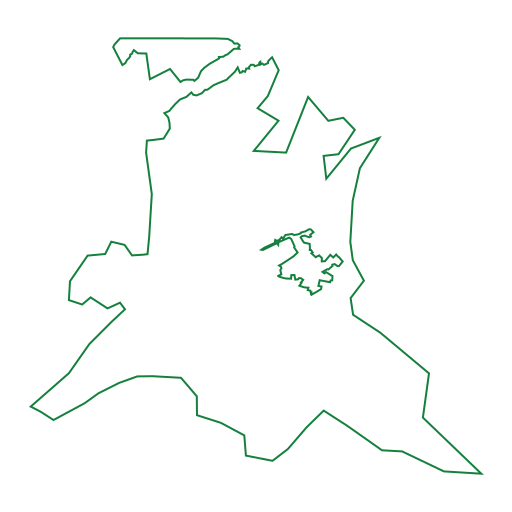 Urtachirchik, Tashkent, Uzbekistan
{"feature_id": "79887680B65075786438492", "entity_name": "Urtachirchik", "entity_type": "district", "adm_level": 2, "iso_a3": "UZB", "parent_name": "Uzbekistan", "parent_adm1": "Tashkent", "projection": "robinson", "projection_center": [69.308, 41.051], "detail": "fine", "context": "isolated", "style": "outline", "palette": "green", "viewbox_px": 512, "rotation_deg": 0, "n_neighbors": 0, "source": "geoboundaries", "source_scale": "gbopen_adm2", "svg_char_len": 3414}
<svg xmlns="http://www.w3.org/2000/svg" viewBox="0 0 512 512"><path d="M379.3,137.8L351.0,148.5L326.3,178.7L323.6,155.9L338.5,154.2L354.8,129.8L343.3,117.8L328.3,120.8L308.1,97.0L286.1,152.6L253.8,150.9L278.5,120.7L257.6,108.2L267.8,96.1L278.7,70.2L272.1,57.3L269.6,59.6L268.1,61.4L268.0,63.1L264.0,64.9L262.3,63.5L260.5,64.5L260.3,61.8L259.5,62.4L258.8,64.9L254.7,66.2L253.7,64.8L250.9,64.8L248.8,67.4L249.2,68.6L246.3,68.5L245.1,71.8L242.7,71.0L241.7,72.4L239.9,72.8L237.7,67.4L234.8,71.9L228.6,77.7L226.7,79.7L217.4,83.5L213.4,85.3L208.3,89.1L207.1,89.8L205.1,89.8L201.9,93.2L196.6,95.4L193.3,94.8L191.4,92.4L186.4,96.9L180.1,99.4L175.5,103.8L171.1,108.7L169.4,110.9L164.4,113.1L168.2,117.4L169.5,122.8L169.8,128.6L163.6,138.6L153.5,139.9L146.9,140.6L146.1,152.6L151.8,194.1L149.2,236.8L147.5,254.2L142.9,254.7L132.0,255.4L124.6,244.9L111.3,241.7L105.2,254.0L87.6,255.6L70.0,281.2L68.9,300.1L82.2,304.5L90.6,297.4L107.5,308.4L120.0,302.7L125.0,309.3L112.2,321.2L89.4,344.0L68.9,373.2L30.7,406.6L40.6,411.7L53.5,420.0L84.5,403.3L98.6,393.2L119.1,382.9L137.3,376.4L152.5,376.2L181.0,377.8L196.8,396.3L197.0,415.2L220.8,422.8L244.3,435.4L245.9,455.6L272.5,460.8L287.9,449.0L306.6,427.3L323.7,410.6L347.1,425.7L382.0,450.3L402.1,451.4L443.9,471.4L481.3,473.7L422.9,417.6L429.0,373.4L380.3,332.7L353.1,314.8L350.6,298.1L363.9,280.7L352.8,260.2L350.3,241.9L352.7,200.8L359.9,168.2L379.3,137.8ZM310.1,234.9L311.0,236.5L309.1,237.3L304.6,235.6L301.7,236.3L300.6,237.3L302.7,240.8L304.1,242.7L306.2,243.1L309.7,243.9L309.9,247.9L309.8,250.0L311.0,250.0L312.7,252.5L311.4,253.3L315.3,256.8L315.6,257.2L319.2,255.4L319.8,256.1L321.8,257.9L321.8,261.4L325.0,261.2L330.3,254.8L333.2,257.5L336.2,254.5L338.0,256.6L339.0,257.2L342.7,261.5L338.9,266.2L337.4,266.0L334.6,264.1L332.3,264.7L332.4,266.1L331.9,266.4L331.4,266.9L328.5,269.4L327.4,269.2L324.9,270.5L322.5,271.9L324.3,273.4L326.2,272.2L332.5,276.1L332.2,280.4L330.6,280.5L330.1,282.2L322.6,280.8L319.7,280.2L318.4,285.9L321.5,286.6L321.4,287.0L321.1,289.1L315.8,292.3L313.6,293.5L311.6,294.7L311.4,294.1L311.4,293.0L310.9,293.5L310.4,290.7L307.7,290.1L308.4,287.7L305.4,287.5L303.4,287.1L299.4,285.7L301.5,282.8L301.0,282.4L303.2,279.9L301.3,278.5L300.7,278.1L299.0,278.1L298.1,279.3L295.3,279.6L294.4,275.0L291.3,275.1L291.1,278.7L286.1,278.5L283.5,278.0L280.2,277.0L278.4,276.3L278.2,275.9L281.3,274.4L280.3,270.0L281.4,268.3L281.0,266.8L279.1,265.5L281.9,264.0L289.1,259.3L291.8,257.5L292.4,257.0L293.4,256.4L297.6,252.5L294.1,247.4L294.6,246.4L291.2,238.9L289.1,237.6L278.4,242.3L278.2,244.8L276.9,243.2L262.8,250.0L261.4,249.7L264.6,247.6L275.6,242.5L274.9,241.2L275.3,239.9L276.7,240.9L279.3,239.9L281.6,237.2L283.1,238.6L285.4,235.0L290.0,234.3L292.1,234.0L293.9,235.0L297.5,234.5L300.7,233.4L300.8,232.6L305.5,231.3L309.1,229.2L310.9,229.5L313.5,232.2L310.1,234.9ZM215.2,38.4L120.1,38.3L114.5,44.5L113.2,47.1L122.4,65.0L125.4,63.1L126.3,61.2L127.4,59.5L129.0,58.1L130.2,56.3L130.2,54.6L132.0,53.7L132.7,51.8L133.9,50.1L137.8,53.3L146.3,53.5L149.9,79.2L170.0,69.0L180.5,82.0L183.1,80.3L186.4,79.6L190.3,79.7L193.5,79.8L194.4,80.9L198.2,77.7L199.6,74.3L201.0,71.2L204.4,67.7L209.8,63.7L216.4,60.0L219.2,58.3L218.9,57.0L220.8,56.9L223.3,56.7L225.3,55.2L227.5,54.4L231.2,51.2L233.8,48.9L236.3,48.7L239.3,48.8L238.3,47.2L239.5,46.1L239.5,45.0L237.9,43.9L237.5,43.4L234.3,43.6L232.3,41.1L227.8,38.9L215.2,38.4Z" fill="none" stroke="#15803d" stroke-width="2"/></svg>